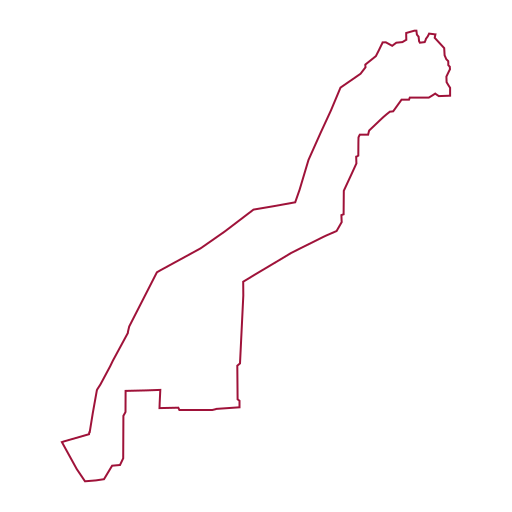 Akdepe, Tashauz, Turkmenistan
{"feature_id": "10190150B20893258254384", "entity_name": "Akdepe", "entity_type": "district", "adm_level": 2, "iso_a3": "TKM", "parent_name": "Turkmenistan", "parent_adm1": "Tashauz", "projection": "equal_earth", "projection_center": [58.748, 41.039], "detail": "fine", "context": "isolated", "style": "outline", "palette": "rose", "viewbox_px": 512, "rotation_deg": 0, "n_neighbors": 0, "source": "geoboundaries", "source_scale": "gbopen_adm2", "svg_char_len": 2197}
<svg xmlns="http://www.w3.org/2000/svg" viewBox="0 0 512 512"><path d="M127.9,332.0L127.9,332.9L112.8,360.8L110.1,366.4L100.4,384.5L97.3,389.3L96.9,390.1L92.8,413.0L89.7,432.2L89.3,432.3L89.0,434.2L64.3,441.3L61.9,442.1L76.7,469.0L85.0,481.3L95.9,480.4L104.0,479.2L112.1,465.7L120.0,465.0L123.2,458.3L123.4,415.8L125.3,412.4L125.5,411.9L125.6,390.9L146.3,390.4L160.3,389.9L159.7,402.4L159.5,408.1L178.0,407.7L178.3,407.7L179.4,410.0L212.3,410.0L215.6,409.2L216.3,408.9L239.5,407.3L239.5,402.1L239.5,400.8L237.9,399.5L237.6,399.3L237.3,365.7L239.8,363.6L240.0,363.4L243.3,295.7L243.3,295.2L243.2,281.7L254.9,274.6L275.9,262.1L290.9,253.1L301.0,248.0L323.3,236.9L326.5,235.4L336.2,231.2L336.6,231.0L341.7,222.1L341.6,220.5L341.4,215.1L342.7,214.6L343.6,214.3L343.8,191.7L343.8,190.8L346.1,185.8L351.3,174.6L356.1,164.1L356.4,163.5L356.2,157.3L356.2,156.8L356.3,156.8L358.3,155.6L358.4,142.2L358.5,137.4L359.0,136.2L359.8,134.7L360.5,134.7L365.4,134.7L368.1,134.7L368.8,131.8L369.2,130.5L369.3,130.4L380.1,120.1L383.2,117.2L386.7,114.2L389.1,112.3L389.6,111.9L389.8,111.7L391.8,111.5L393.2,111.3L401.3,100.0L401.5,99.7L402.7,99.7L409.0,99.7L409.8,97.6L414.6,97.6L419.6,97.6L426.1,97.6L428.4,97.6L428.8,97.6L432.6,95.3L435.2,93.6L435.3,93.7L438.8,96.1L450.1,95.7L450.1,90.6L450.1,87.8L448.6,85.5L446.6,82.2L446.4,76.8L446.4,76.6L447.3,74.7L448.9,71.4L450.0,69.2L449.9,68.5L449.8,67.0L449.8,66.7L448.7,65.6L448.3,65.1L448.3,63.9L448.3,62.6L448.2,61.1L446.3,59.2L444.6,55.3L444.2,48.1L434.7,37.8L435.4,34.4L435.0,34.4L433.1,34.1L429.1,33.6L428.2,35.5L427.6,36.6L427.2,37.1L425.9,38.9L425.7,39.8L424.7,42.1L419.9,42.7L419.0,41.0L419.0,40.3L418.7,37.8L418.6,36.9L418.6,36.7L417.7,35.6L416.9,34.6L416.4,30.7L415.6,30.7L414.3,30.7L406.2,33.0L406.2,35.3L406.3,39.8L405.9,40.0L402.4,42.1L400.3,42.3L396.3,42.7L392.2,45.8L385.8,42.3L382.6,42.4L382.5,42.7L382.0,43.9L381.4,45.0L378.7,50.6L376.2,55.5L375.9,56.1L370.7,60.3L364.8,65.0L365.3,64.9L365.3,65.0L365.5,67.3L360.5,73.8L340.5,87.6L331.0,110.3L320.7,132.6L308.5,159.9L299.6,189.7L295.2,202.3L273.6,206.2L253.5,209.6L224.6,231.6L200.5,248.4L169.9,265.1L160.9,270.0L156.9,272.3L129.2,326.5L127.9,332.0Z" fill="none" stroke="#9f1239" stroke-width="2"/></svg>